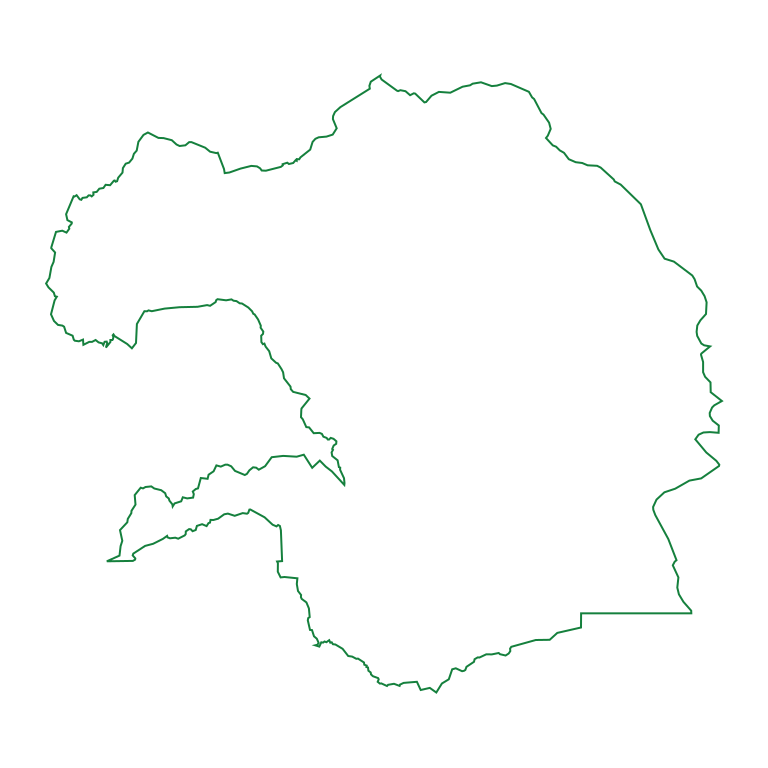 Latacunga, Cotopaxi, Ecuador
{"feature_id": "8360857B97397633199247", "entity_name": "Latacunga", "entity_type": "district", "adm_level": 2, "iso_a3": "ECU", "parent_name": "Ecuador", "parent_adm1": "Cotopaxi", "projection": "mercator", "projection_center": [-78.651, -0.805], "detail": "fine", "context": "isolated", "style": "outline", "palette": "green", "viewbox_px": 768, "rotation_deg": 0, "n_neighbors": 0, "source": "geoboundaries", "source_scale": "gbopen_adm2", "svg_char_len": 6049}
<svg xmlns="http://www.w3.org/2000/svg" viewBox="0 0 768 768"><path d="M664.6,258.7L658.4,249.5L650.3,230.1L640.9,204.3L620.7,184.6L614.7,181.4L613.8,179.5L600.7,167.6L597.1,165.8L587.6,165.3L582.2,163.0L575.7,162.2L568.8,159.2L564.0,152.8L559.8,150.4L556.1,146.7L552.8,145.4L546.0,138.0L547.8,135.7L550.7,128.9L549.1,122.7L543.5,114.6L541.5,113.1L534.1,99.0L532.1,97.4L528.9,91.8L510.9,84.0L505.1,83.1L496.9,85.6L491.8,86.1L481.0,82.3L472.6,83.7L470.1,85.3L462.6,86.7L450.3,92.7L438.9,91.9L431.5,95.7L426.1,102.0L424.4,102.4L415.2,93.6L413.8,93.3L410.1,95.2L405.5,91.2L400.4,90.2L398.1,91.1L397.0,90.7L381.6,79.5L379.9,76.5L380.2,75.5L370.8,81.7L369.4,85.8L369.8,88.7L340.4,107.1L334.9,112.1L333.1,116.1L332.9,119.1L336.7,128.3L332.7,134.6L326.5,136.6L318.7,137.3L315.4,138.8L312.6,141.9L310.2,149.6L300.4,157.4L299.2,159.3L296.8,159.1L296.7,160.8L295.6,160.2L293.2,163.0L288.9,164.0L287.3,162.7L282.6,164.2L282.8,165.4L280.8,166.9L265.9,170.7L261.7,170.5L260.1,168.3L257.0,166.4L251.3,165.9L240.5,168.6L229.4,172.5L224.7,173.1L224.0,169.0L217.8,152.7L216.3,153.1L210.1,151.7L205.2,147.7L191.4,142.1L189.2,142.1L185.4,145.3L179.6,146.0L176.5,144.5L171.8,140.2L163.6,138.1L158.4,137.9L147.9,132.5L143.5,134.9L138.4,141.8L136.7,150.6L133.9,153.8L132.4,158.6L129.1,162.6L125.7,163.7L122.9,168.1L122.5,172.6L118.2,177.7L117.1,181.2L115.6,181.7L114.7,180.5L113.9,180.7L110.1,185.2L105.6,184.8L103.4,188.0L99.3,188.7L96.7,191.9L93.3,192.4L93.5,194.8L91.7,196.4L90.4,195.4L88.6,195.4L86.8,197.3L82.5,197.9L81.3,199.8L79.7,199.3L76.6,195.2L74.4,196.6L73.6,196.3L66.1,214.2L67.4,220.1L71.8,222.4L71.7,223.6L68.9,226.9L69.3,228.7L66.5,232.6L62.3,230.7L56.0,231.9L51.3,247.4L51.3,248.3L55.1,252.5L53.6,261.9L51.4,266.9L49.4,278.0L46.1,283.5L48.5,287.4L53.8,292.6L54.9,296.2L56.8,296.7L54.6,300.4L51.0,314.3L54.0,321.0L58.0,324.9L62.4,325.6L64.1,326.7L66.1,332.9L72.6,335.7L73.8,339.7L74.8,340.7L78.9,341.3L83.0,339.6L83.4,344.8L89.2,341.9L92.0,341.9L95.6,340.0L98.6,342.4L102.1,343.3L103.3,345.1L104.6,341.8L106.7,341.6L107.2,343.3L105.9,347.6L110.4,342.0L110.4,340.0L112.4,340.0L112.9,339.3L113.4,337.0L112.7,335.3L113.5,334.4L114.6,336.1L127.2,344.0L131.9,348.3L136.0,343.0L136.9,324.0L144.4,311.2L147.0,311.3L148.5,310.4L151.8,311.2L164.6,308.6L179.7,307.2L197.5,306.8L207.1,305.1L210.1,305.8L215.6,302.1L216.2,300.2L217.5,299.2L226.1,300.3L231.5,299.4L233.5,300.7L236.5,301.1L239.7,303.3L242.0,303.5L248.3,307.5L252.1,311.3L253.3,313.8L254.6,314.4L258.1,319.5L260.8,325.7L260.6,327.7L263.3,331.6L263.0,333.9L261.2,335.7L261.4,342.1L262.9,344.2L264.4,343.6L265.6,346.6L269.2,351.2L271.3,358.4L276.1,362.8L277.8,363.4L281.5,369.1L283.1,372.3L284.0,378.3L290.5,386.6L290.8,389.2L293.2,391.9L305.7,395.0L309.5,398.6L301.5,408.5L301.3,410.2L301.0,417.2L302.8,419.3L306.3,427.1L309.1,427.4L313.7,433.2L319.6,432.9L321.9,433.9L323.4,436.7L326.6,437.9L327.8,439.5L329.1,439.5L330.7,437.9L333.5,438.8L336.4,441.3L336.2,443.8L333.7,445.5L332.2,449.0L333.0,449.8L331.6,452.4L332.2,456.0L337.6,460.3L338.9,467.1L340.2,467.6L340.1,469.8L344.0,478.2L344.5,483.1L344.3,484.9L331.9,471.4L325.7,466.6L319.8,460.6L312.2,467.8L303.8,454.7L296.7,456.7L283.2,455.9L271.7,457.2L265.1,466.2L258.8,469.7L256.2,467.7L253.1,467.3L249.4,470.3L246.9,473.9L244.8,475.0L235.0,470.9L231.2,466.3L227.6,464.7L225.2,464.7L220.8,466.6L216.4,465.4L213.6,471.3L208.6,474.7L207.6,478.8L200.8,478.0L198.0,488.4L195.8,489.0L192.8,491.5L193.8,494.1L193.1,497.6L187.2,498.4L182.8,497.3L181.2,501.3L174.6,503.4L172.7,506.4L172.4,504.4L169.4,500.6L168.8,498.5L166.2,496.4L165.2,493.2L161.2,490.2L154.3,488.5L151.3,486.4L145.5,487.0L143.0,488.4L140.7,487.7L134.7,495.1L135.5,504.6L131.5,510.8L131.3,513.2L127.8,518.9L127.3,522.3L120.0,530.1L122.3,540.8L120.6,546.1L119.5,555.6L106.8,561.3L132.9,560.9L135.1,559.6L135.3,558.4L132.7,555.4L133.3,553.6L145.1,545.9L153.1,543.8L162.9,538.9L167.1,535.9L167.6,537.4L170.0,538.3L175.3,537.7L178.2,538.7L184.7,535.4L185.7,534.1L185.8,531.4L189.1,529.1L190.8,529.3L192.6,531.2L195.7,530.0L196.9,525.9L202.1,524.2L206.6,526.1L208.5,523.1L210.0,522.6L210.5,519.9L213.4,520.0L218.1,518.7L224.2,514.3L227.9,513.6L234.7,515.8L242.7,513.1L247.0,513.7L248.2,512.9L249.4,509.6L250.3,509.5L264.6,517.3L272.6,524.7L276.5,526.4L278.1,525.0L279.9,526.0L280.9,530.3L282.1,561.1L277.1,561.5L277.9,563.2L277.8,571.7L280.6,577.4L284.5,577.0L297.4,578.3L296.8,584.0L298.0,591.0L301.1,595.0L300.9,597.1L301.7,598.9L306.4,602.4L308.9,608.4L309.7,617.1L308.2,618.1L307.8,620.3L310.0,629.9L312.0,630.1L314.0,636.3L316.8,638.7L318.6,642.8L317.5,644.7L315.2,645.3L319.3,646.6L321.3,642.3L323.1,642.6L324.5,641.5L326.4,642.2L329.2,640.2L330.3,642.7L331.7,642.3L332.9,644.2L335.4,644.5L342.6,648.8L348.2,656.0L352.2,656.6L356.3,658.8L358.0,658.6L364.0,662.5L364.3,664.7L366.7,665.6L366.4,667.0L368.0,667.5L368.4,670.7L370.7,672.5L371.0,674.4L372.9,676.2L378.1,678.1L378.7,679.3L377.7,681.8L379.9,683.6L381.3,683.4L387.0,686.0L388.1,684.8L394.0,683.8L399.6,685.9L400.0,684.6L403.6,682.9L416.9,681.8L420.7,690.0L429.8,687.9L436.3,692.5L441.9,683.5L448.8,679.3L452.2,669.3L455.8,668.3L462.1,671.2L464.0,670.8L465.3,670.0L466.5,666.8L474.0,661.8L474.6,659.2L477.7,657.4L479.5,657.5L486.3,654.3L491.8,654.4L498.7,653.0L500.0,654.2L505.6,655.5L508.7,653.5L510.3,651.1L510.1,648.6L511.3,646.8L535.8,640.0L549.7,639.8L557.3,632.9L581.0,627.5L581.1,613.3L691.3,613.3L691.2,610.7L683.4,601.8L678.9,594.3L677.3,587.6L678.4,577.4L672.8,565.3L674.7,561.7L676.5,560.2L668.3,539.0L655.3,515.1L653.3,509.8L653.1,507.0L656.5,499.6L664.4,492.3L675.2,488.7L689.4,480.6L701.2,478.4L719.0,466.0L719.3,464.7L716.3,460.8L706.3,452.5L695.3,439.3L698.6,434.7L703.4,432.5L709.9,432.1L718.6,432.8L718.8,425.5L712.7,420.7L709.9,416.1L709.7,413.0L712.1,407.5L714.3,405.3L721.9,401.0L710.7,392.2L710.5,382.4L705.1,376.8L703.1,372.2L703.1,362.0L701.0,354.7L701.3,353.6L710.1,346.4L704.1,345.3L701.3,343.5L697.2,335.9L696.6,331.9L697.3,325.5L700.4,320.3L706.0,314.0L706.6,302.3L704.6,296.2L701.3,290.7L697.1,286.5L694.6,279.2L692.3,275.5L673.9,261.6L664.6,258.7Z" fill="none" stroke="#15803d" stroke-width="2"/></svg>